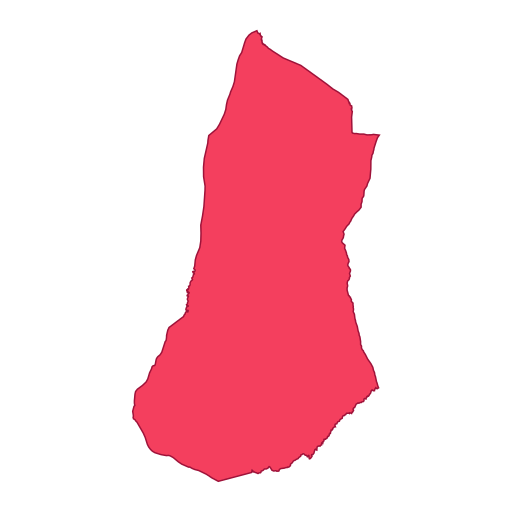 Liwale, Lindi, United Republic of Tanzania
{"feature_id": "72390352B80391364217442", "entity_name": "Liwale", "entity_type": "district", "adm_level": 2, "iso_a3": "TZA", "parent_name": "United Republic of Tanzania", "parent_adm1": "Lindi", "projection": "equal_earth", "projection_center": [38.174, -9.186], "detail": "fine", "context": "isolated", "style": "filled", "palette": "rose", "viewbox_px": 512, "rotation_deg": 0, "n_neighbors": 0, "source": "geoboundaries", "source_scale": "gbopen_adm2", "svg_char_len": 6075}
<svg xmlns="http://www.w3.org/2000/svg" viewBox="0 0 512 512"><path d="M379.3,135.1L373.4,134.4L371.4,134.8L367.0,134.9L363.9,134.1L359.8,134.1L356.2,133.5L354.6,133.6L352.4,133.0L352.0,132.2L351.6,117.0L352.3,111.4L351.6,110.3L351.7,109.3L351.4,109.2L351.4,108.7L351.7,108.7L351.9,108.1L351.9,107.1L351.6,106.7L351.7,106.0L350.1,105.0L349.9,103.3L349.6,103.2L349.4,102.7L349.2,102.9L349.1,102.3L348.7,101.8L347.9,99.4L338.5,92.3L332.9,89.0L327.1,84.4L300.8,65.4L283.3,58.0L272.4,51.0L270.3,49.4L268.5,48.4L267.2,46.9L265.9,46.0L265.3,45.1L264.6,44.7L264.3,45.0L263.6,44.0L263.1,44.3L262.4,43.6L262.4,42.8L262.1,42.7L262.0,40.5L261.9,40.2L261.6,40.4L261.3,39.3L262.0,37.0L261.7,37.0L261.4,36.3L261.1,36.4L260.4,35.2L260.1,33.6L259.6,34.1L258.8,33.3L257.8,33.0L256.9,30.7L251.8,32.9L249.0,35.1L246.0,39.0L244.7,42.5L241.7,52.5L239.6,55.8L238.1,60.0L236.9,64.1L234.4,81.8L232.9,86.6L230.6,91.9L229.9,94.3L227.5,100.1L226.5,104.5L225.8,109.5L224.3,114.2L219.5,124.3L216.7,128.9L208.8,135.5L208.0,140.1L207.8,143.0L204.3,158.4L203.5,167.2L203.6,176.7L205.1,186.1L205.0,190.6L203.9,206.6L202.5,216.1L200.8,225.1L201.0,233.1L200.8,241.0L199.8,247.6L196.5,255.5L195.3,259.9L194.7,266.1L193.8,268.7L194.8,269.6L195.1,270.1L195.1,270.6L194.6,271.5L193.4,271.3L192.8,271.6L193.1,272.7L194.3,273.2L194.4,273.9L193.5,274.4L192.8,277.1L191.8,278.0L192.5,279.6L192.3,280.0L191.4,280.6L190.5,281.9L190.1,282.9L190.1,284.7L189.6,285.8L188.6,286.3L188.9,287.3L188.5,289.0L188.3,289.3L187.7,289.0L187.5,289.4L186.8,289.8L186.7,290.3L186.8,290.7L187.7,291.0L187.8,291.3L187.2,291.9L187.3,292.2L188.1,291.9L189.1,292.5L189.1,293.0L188.2,293.4L188.0,294.6L187.2,295.2L187.1,295.7L187.3,296.0L188.2,296.0L188.4,296.4L187.4,298.7L187.4,299.6L188.1,300.8L188.1,301.4L187.5,302.7L187.5,303.8L186.5,304.7L186.8,305.3L188.2,305.9L188.1,306.3L186.9,306.6L186.1,308.4L185.9,309.8L186.3,310.2L188.1,310.4L188.2,310.8L187.8,311.9L187.1,311.8L186.7,311.5L185.8,312.1L185.2,313.2L185.2,313.8L184.1,315.1L183.6,316.5L168.6,327.8L169.0,327.7L167.8,330.1L166.6,335.3L166.5,337.7L166.1,340.5L165.2,341.6L161.8,352.2L160.1,354.8L157.8,356.7L156.6,358.4L156.1,359.9L155.3,364.2L154.7,365.5L153.2,365.7L152.1,366.7L151.5,368.9L149.6,372.8L147.8,378.9L146.1,382.0L142.4,385.5L137.4,389.2L135.6,391.5L135.0,394.1L134.4,400.7L134.4,403.2L134.8,405.6L134.0,406.3L132.7,411.3L133.2,414.5L133.4,416.1L133.1,417.4L133.5,418.8L134.9,419.6L135.8,421.0L137.0,422.2L143.3,433.1L145.2,437.4L147.4,444.4L148.7,447.0L150.6,449.5L152.4,451.2L154.9,452.7L161.0,454.6L166.5,455.6L168.4,455.4L170.1,455.8L173.3,457.6L178.3,461.8L181.7,464.1L188.5,467.1L189.9,467.1L192.1,468.4L194.8,469.5L198.7,470.5L206.5,474.3L211.9,477.9L218.3,481.3L251.5,472.5L252.1,470.2L253.0,471.0L253.1,471.9L253.7,472.0L254.1,471.8L255.2,472.5L256.7,472.8L257.2,473.3L258.1,473.5L259.1,472.8L260.4,472.8L260.8,472.5L261.1,471.3L261.3,471.0L262.5,470.7L263.5,470.0L264.2,469.1L264.9,468.9L266.1,469.0L267.9,468.2L269.1,466.6L269.6,466.7L270.6,468.0L271.9,470.2L273.0,470.7L273.7,471.0L275.9,470.7L276.7,471.2L278.6,471.1L278.9,471.0L279.4,469.5L280.7,468.6L284.4,468.1L286.1,467.5L287.1,467.6L287.6,467.1L288.8,467.1L290.4,465.7L290.5,464.2L292.3,462.7L293.2,461.2L294.1,460.5L294.9,460.4L296.2,459.4L298.1,458.6L298.8,457.5L300.6,456.3L300.9,454.9L301.8,454.7L302.9,453.8L303.7,453.8L305.2,455.2L306.6,455.4L307.3,456.7L308.5,455.6L308.7,456.0L308.9,455.9L309.0,457.7L309.4,458.8L310.4,458.5L312.0,456.4L312.0,456.0L311.5,455.2L311.7,454.6L312.9,454.5L313.9,453.2L314.8,449.7L315.4,449.2L315.8,449.7L316.8,450.1L317.0,447.6L317.4,446.5L319.1,445.9L320.0,446.2L320.5,445.4L321.7,444.8L321.6,443.1L322.3,442.3L322.8,443.0L323.2,441.5L324.0,440.8L323.9,439.5L324.1,439.2L325.4,439.3L325.8,438.7L326.5,438.6L327.3,437.8L327.6,436.4L328.3,436.4L329.1,435.7L329.3,434.0L330.4,433.5L330.3,432.6L330.8,431.9L331.1,430.1L332.0,430.1L332.8,429.0L332.6,428.5L332.8,428.3L334.5,426.8L335.4,426.8L334.9,425.2L335.3,424.1L336.8,423.8L337.5,422.1L337.9,421.7L339.4,421.2L340.0,419.5L342.2,418.3L342.4,417.0L343.0,415.9L343.4,415.6L344.3,415.6L344.7,415.0L345.6,414.7L346.5,413.3L348.8,413.2L349.2,412.9L349.5,413.4L349.8,413.0L350.4,412.9L351.6,413.5L352.0,412.4L352.5,412.2L352.4,411.8L353.3,411.0L353.6,410.2L353.1,409.5L353.3,408.4L354.0,407.7L354.6,407.6L356.1,404.2L358.1,402.9L358.5,403.2L359.2,403.1L360.1,402.5L361.3,402.5L361.8,401.9L363.5,401.5L364.0,400.6L363.9,399.6L364.2,398.7L364.5,398.5L366.0,399.0L366.4,397.4L366.9,396.6L367.3,396.8L367.8,396.0L368.5,396.2L369.2,395.2L369.4,394.3L370.0,394.0L370.7,392.9L371.1,391.0L371.6,390.8L371.7,390.2L372.4,390.0L373.6,390.8L374.5,390.7L374.6,389.6L375.7,387.8L376.2,388.5L376.7,388.3L377.2,388.7L378.6,387.8L377.9,386.2L377.0,382.9L376.5,381.7L375.4,376.3L374.9,375.3L374.5,372.6L373.5,370.4L372.8,367.3L370.9,363.7L367.6,359.0L365.3,354.4L363.7,352.0L363.4,350.9L362.2,349.6L361.5,348.0L361.5,346.1L360.6,344.5L360.6,341.5L359.9,336.9L359.2,335.2L359.0,333.3L358.1,330.9L357.3,326.5L355.7,322.1L355.5,320.5L354.9,318.5L354.4,314.2L353.2,311.7L353.5,309.6L353.4,308.2L353.1,307.5L353.3,306.7L353.0,305.0L353.0,303.1L351.3,301.3L351.4,299.5L350.5,298.0L350.4,297.2L349.6,296.8L349.1,295.7L348.5,295.4L347.1,290.1L347.1,287.9L347.6,286.2L347.6,285.1L347.2,283.8L347.3,282.3L347.7,280.9L348.9,279.8L349.4,278.6L349.4,277.5L350.3,276.1L349.5,273.5L350.5,270.9L350.4,269.5L350.1,269.0L349.3,268.4L349.3,267.8L348.0,265.9L347.7,265.0L348.3,262.9L349.0,261.7L348.8,259.5L347.6,257.3L347.4,255.9L346.6,254.5L346.5,253.2L345.6,250.5L344.6,248.3L345.0,245.2L342.2,242.7L341.7,241.6L341.9,240.1L343.0,238.3L343.5,236.9L343.5,236.0L344.0,234.6L343.9,233.7L343.1,231.6L345.2,228.7L346.6,226.4L349.2,223.7L349.6,222.5L350.6,221.3L351.8,218.5L353.8,215.6L354.5,214.2L356.9,211.8L358.9,210.1L361.1,207.2L361.1,204.2L362.0,201.7L362.1,198.9L362.2,198.2L363.5,196.5L363.8,195.5L364.1,191.0L364.5,189.5L366.9,186.0L367.5,183.6L370.0,178.3L370.8,169.2L370.9,160.6L371.8,156.7L371.8,155.5L373.1,153.0L373.2,151.8L373.8,149.8L374.0,148.2L376.2,141.2L377.5,137.7L379.3,135.1Z" fill="#f43f5e" stroke="#9f1239" stroke-width="1.5"/></svg>